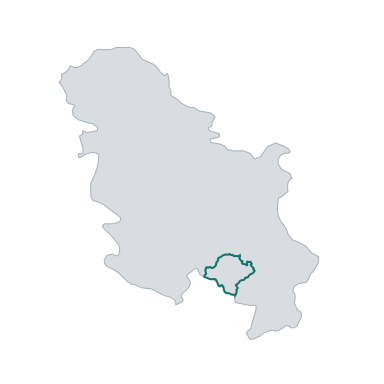 Toplicki on a map of Republic of Serbia (Mercator projection), rotated 352°
{"feature_id": "SRB-835", "entity_name": "Toplicki", "entity_type": "District", "adm_level": 1, "iso_a3": "SRB", "parent_name": "Republic of Serbia", "parent_adm1": "", "projection": "mercator", "projection_center": [21.443, 43.114], "detail": "fine", "context": "in_parent", "style": "outline", "palette": "teal", "viewbox_px": 384, "rotation_deg": 352, "n_neighbors": 0, "source": "natural_earth", "source_scale": "10m", "svg_char_len": 7695}
<svg xmlns="http://www.w3.org/2000/svg" viewBox="0 0 384 384"><g transform="rotate(352 192 192)"><path d="M217.4,145.6L226.6,148.5L230.8,151.2L233.0,154.8L238.8,157.1L248.4,158.3L255.0,161.9L258.7,168.1L264.8,166.6L273.2,157.5L281.5,155.1L289.6,159.5L294.0,163.1L294.8,165.9L292.9,167.0L288.4,166.5L284.6,168.2L281.7,172.2L281.3,176.5L283.3,181.0L286.2,184.1L289.9,185.9L291.9,188.2L292.2,191.2L293.1,192.0L291.0,193.4L288.7,195.5L287.4,199.1L287.1,204.8L279.9,209.3L277.1,210.1L275.9,213.1L274.0,221.5L274.3,227.8L275.2,231.0L275.7,233.6L278.0,236.8L280.1,241.7L281.6,248.2L284.7,253.2L292.7,258.1L296.7,261.0L299.6,265.1L301.8,268.8L308.4,273.8L307.9,277.3L306.5,280.8L305.0,282.4L301.7,286.9L298.5,289.4L293.2,297.2L284.9,297.6L282.9,298.3L279.7,300.4L278.2,304.3L279.7,307.4L279.5,310.6L278.0,316.7L280.0,323.3L283.0,326.3L283.4,328.0L282.9,331.1L278.5,337.4L277.2,339.7L272.8,340.8L271.3,340.2L269.1,338.1L267.0,337.4L261.7,340.0L256.4,341.5L252.2,340.3L248.1,340.2L245.2,341.2L243.0,341.6L238.8,344.3L232.0,346.3L228.8,345.8L227.7,343.3L226.4,339.7L227.0,338.0L231.5,335.2L232.0,332.5L238.3,319.3L239.5,315.0L239.6,313.6L237.9,312.7L234.5,312.7L219.2,307.4L219.9,301.2L215.4,297.9L210.5,295.0L209.7,291.7L204.3,285.0L200.4,281.2L195.4,279.4L191.0,276.6L188.4,274.9L187.3,271.8L187.3,269.9L186.0,268.2L183.9,268.3L180.3,270.8L176.0,273.0L175.2,274.5L176.8,278.2L177.9,280.6L177.4,282.8L176.0,285.7L167.6,291.9L166.7,294.1L168.3,297.6L167.3,299.2L160.3,301.5L160.5,299.6L160.0,296.5L156.0,293.3L150.3,290.7L137.7,282.0L132.9,280.9L128.6,279.8L122.4,275.7L119.2,274.9L115.7,271.9L108.0,261.8L101.4,256.3L96.9,253.5L95.7,250.8L95.4,248.0L95.6,247.1L98.9,243.1L101.5,242.5L104.9,242.4L107.1,244.4L110.0,244.8L111.6,242.3L112.5,238.6L112.1,233.8L105.1,222.8L99.1,215.1L98.4,213.4L99.7,212.0L101.8,211.2L104.0,211.9L109.9,212.4L115.5,211.7L117.5,209.8L117.5,207.3L115.4,204.9L108.8,198.6L103.7,193.0L97.6,188.7L93.2,187.0L91.8,184.8L91.3,182.4L91.8,178.1L92.1,172.7L93.1,169.2L97.2,162.7L101.0,155.8L103.4,149.2L104.7,143.0L104.2,141.2L102.2,139.9L97.9,138.6L92.0,139.8L87.0,142.0L85.0,142.2L84.4,139.4L85.2,138.2L86.7,138.3L88.0,138.9L89.4,137.6L90.2,133.9L88.2,120.8L91.9,119.7L92.0,117.8L92.3,116.1L96.2,118.4L101.7,118.4L106.5,118.0L107.2,116.7L107.1,114.8L106.1,113.4L104.4,112.2L103.2,110.4L100.0,109.6L89.9,104.9L84.9,99.9L85.0,94.5L86.5,91.6L88.2,90.6L87.7,89.6L82.0,87.1L80.0,83.7L81.6,79.3L78.7,70.3L75.6,64.8L78.6,62.4L79.0,59.0L79.3,57.0L80.6,57.0L85.5,54.7L87.3,52.9L88.3,50.7L89.5,50.2L92.8,52.5L96.3,52.7L100.3,51.2L103.2,49.2L106.7,47.4L108.3,46.2L110.4,44.4L114.5,38.9L119.1,37.7L125.4,39.1L132.1,39.6L137.2,38.4L150.0,40.0L152.7,41.3L154.5,42.7L157.9,47.4L161.1,53.5L165.5,56.3L170.9,59.6L173.6,62.0L177.6,69.3L180.8,72.9L181.9,72.7L182.9,71.8L183.7,71.0L184.5,71.7L184.6,73.9L184.8,78.8L184.0,84.0L185.1,88.9L185.2,90.4L184.4,91.8L184.5,93.1L185.6,94.4L189.9,97.6L193.9,102.6L198.5,106.1L202.8,108.4L205.5,108.5L209.9,112.5L218.7,115.4L221.5,116.4L223.4,118.1L224.8,120.0L224.9,122.0L223.5,123.0L221.6,125.8L220.9,129.2L219.5,130.0L218.1,130.1L217.0,131.1L217.3,132.5L218.4,133.9L220.3,135.1L223.7,136.4L227.2,138.2L227.1,139.7L226.4,141.3L222.1,141.8L218.8,142.1L217.3,142.8L217.4,145.6Z" fill="#d9dde1" stroke="#a8b0b8" stroke-width="1"/><path d="M196.8,280.3L192.3,277.6L192.4,277.4L192.7,276.7L193.0,276.4L193.3,275.9L193.6,275.6L194.0,275.5L194.1,275.4L194.6,274.8L194.7,274.7L194.6,274.2L194.5,273.8L194.4,272.9L194.3,272.2L194.2,271.8L194.3,271.4L194.3,271.2L194.9,270.4L195.3,270.0L195.3,269.8L195.3,269.6L195.3,269.4L195.2,269.2L195.3,269.0L195.4,268.9L195.6,268.8L196.1,268.7L196.3,268.6L196.5,268.6L197.0,268.9L197.2,269.0L197.7,269.2L197.8,269.2L198.1,269.1L198.5,268.9L199.0,268.7L199.3,268.7L199.6,268.9L200.0,269.0L200.3,269.6L200.5,269.8L200.9,270.0L201.1,270.0L201.3,270.1L201.7,270.1L201.9,270.1L202.1,270.1L202.5,269.9L202.9,269.7L203.2,269.6L203.5,269.3L203.8,269.2L204.1,269.0L204.5,268.8L204.7,268.6L204.8,268.5L205.0,268.1L205.2,267.9L205.5,267.8L205.6,267.7L205.7,267.4L205.7,267.2L205.7,266.8L205.7,266.7L205.8,266.6L206.1,266.1L206.2,265.9L206.4,265.3L206.4,265.1L206.5,265.0L206.7,264.9L207.2,264.5L207.6,264.1L208.0,263.9L208.2,263.7L208.3,263.6L208.3,263.4L208.5,262.9L208.4,262.7L208.3,262.3L208.3,262.1L208.3,261.9L208.4,261.7L208.5,261.5L208.7,261.4L208.9,261.2L209.1,261.1L209.6,260.8L210.4,260.6L211.0,260.5L211.3,260.5L212.3,259.9L213.4,259.2L213.7,259.1L213.9,259.0L214.2,258.9L215.1,258.9L215.3,258.9L215.5,258.8L215.7,258.7L216.1,258.5L216.3,258.4L216.5,258.4L216.6,258.5L217.3,258.7L217.6,258.8L218.0,259.0L218.4,259.1L218.5,259.1L218.8,259.0L219.2,258.9L219.6,258.9L219.9,258.9L219.9,258.7L220.1,258.6L220.4,258.6L220.6,258.6L220.8,258.7L221.0,258.8L221.1,259.0L221.3,259.4L221.4,259.5L221.6,259.7L221.9,259.8L222.4,260.0L222.5,260.0L223.1,260.0L223.3,260.0L223.6,259.9L224.2,260.8L224.5,261.3L224.8,261.5L225.5,261.4L225.9,261.3L226.1,261.4L226.8,261.5L227.0,261.6L227.4,261.8L227.6,261.8L228.0,261.9L228.7,261.9L229.1,261.9L229.3,261.8L229.7,261.7L230.6,261.3L230.5,262.4L230.5,262.6L230.4,263.0L230.2,263.3L230.0,263.6L229.8,263.8L229.8,264.0L229.7,264.1L229.8,264.4L229.8,264.5L230.0,264.8L230.2,265.1L230.2,265.5L230.3,265.6L230.4,265.8L230.6,266.0L230.7,266.3L230.8,266.6L231.0,266.9L231.1,267.0L231.4,267.1L231.9,267.2L232.1,267.3L232.4,267.5L232.4,267.8L232.2,268.0L231.9,268.3L231.8,268.5L231.6,268.7L231.6,268.8L231.6,269.0L231.6,269.3L231.7,269.5L231.8,269.8L232.0,270.0L232.3,270.2L232.4,270.3L232.6,270.4L232.8,270.5L233.0,270.4L233.7,270.6L233.9,270.6L234.0,270.7L234.3,270.8L234.5,271.0L235.2,271.5L235.8,272.0L236.0,272.2L236.3,272.2L236.5,272.0L236.6,271.9L236.7,271.7L236.6,271.4L236.5,271.0L236.5,270.8L236.5,270.6L236.6,270.0L236.6,269.4L236.6,269.2L236.7,268.9L236.9,268.7L237.0,268.6L237.4,268.6L237.5,268.7L237.7,268.8L237.8,269.1L238.0,269.3L238.4,269.4L238.7,269.3L238.9,269.3L239.0,269.3L239.6,269.4L239.8,269.4L240.0,269.4L240.3,269.3L240.6,270.4L240.6,270.6L240.7,270.8L241.0,271.2L241.1,271.3L241.0,271.5L240.9,271.7L240.8,271.8L240.3,272.1L240.2,272.3L240.0,272.5L240.0,272.8L240.1,273.0L240.5,273.4L240.7,273.8L240.8,274.0L241.5,274.7L241.6,274.9L242.0,275.6L242.4,276.0L242.5,276.1L242.5,276.3L242.4,276.4L242.3,276.5L242.0,276.7L241.9,276.8L241.8,277.0L241.9,277.3L242.0,277.5L242.3,277.6L242.5,277.7L242.8,278.2L243.0,278.5L243.0,278.9L242.6,279.2L242.3,279.7L241.9,280.0L240.8,280.9L240.6,281.0L240.0,281.2L239.8,281.3L239.2,281.3L238.9,281.4L238.5,281.6L237.9,281.9L237.2,282.3L236.8,282.7L236.5,283.1L236.2,283.4L235.9,283.6L235.7,283.9L235.6,284.1L235.1,284.2L234.7,284.4L234.4,284.5L234.2,284.6L233.7,284.3L233.4,284.1L233.2,284.1L232.9,284.3L232.7,284.4L232.7,284.6L232.5,285.0L232.4,285.1L232.1,285.4L231.7,285.7L231.2,286.1L230.9,286.3L230.7,286.3L230.3,286.3L228.4,286.3L228.2,286.4L227.9,286.4L227.7,286.5L227.3,286.7L226.7,287.2L226.6,287.3L226.2,287.9L226.0,288.1L225.7,288.4L225.4,288.6L223.9,289.6L223.4,289.8L222.7,290.1L222.5,290.3L222.5,290.5L222.8,291.0L222.9,291.5L223.0,291.6L223.3,291.9L223.3,292.0L223.5,292.4L223.5,292.6L223.8,293.0L223.9,293.3L223.9,293.5L223.5,293.9L223.4,294.1L223.3,294.3L223.2,294.4L223.1,294.5L222.9,294.6L222.7,294.8L222.4,295.1L222.4,295.3L222.4,295.6L222.5,295.7L222.4,296.2L222.4,296.4L222.4,296.7L222.4,296.8L222.3,297.0L221.9,297.5L221.8,297.8L221.8,298.2L221.8,298.4L221.5,299.1L220.2,300.5L220.2,300.0L219.6,299.5L218.5,299.4L216.7,299.0L216.1,298.6L215.0,297.7L214.4,297.3L213.8,297.2L212.5,297.2L211.8,297.0L210.3,295.1L209.9,292.7L209.9,290.3L209.0,288.6L208.0,288.4L207.3,289.0L206.5,289.4L205.5,288.9L205.0,287.8L204.2,283.8L203.3,282.0L202.4,281.3L198.6,281.1L197.5,280.7L196.8,280.3Z" fill="none" stroke="#0f766e" stroke-width="2"/></g></svg>